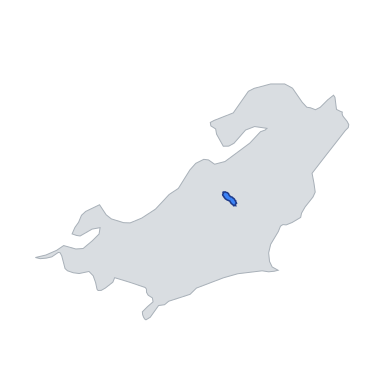 location of Grecia, Alajuela, Costa Rica, rotated 108°
{"feature_id": "36466004B60213245209904", "entity_name": "Grecia", "entity_type": "district", "adm_level": 2, "iso_a3": "CRI", "parent_name": "Costa Rica", "parent_adm1": "Alajuela", "projection": "albers", "projection_center": [-84.294, 10.09], "detail": "fine", "context": "in_parent", "style": "filled", "palette": "blue", "viewbox_px": 384, "rotation_deg": 108, "n_neighbors": 0, "source": "geoboundaries", "source_scale": "gbopen_adm2", "svg_char_len": 4101}
<svg xmlns="http://www.w3.org/2000/svg" viewBox="0 0 384 384"><g transform="rotate(108 192 192)"><path d="M327.8,196.3L327.4,197.8L326.0,199.4L324.0,201.0L321.3,202.2L314.8,198.9L308.5,195.1L305.0,196.9L303.7,201.8L301.4,204.3L298.5,205.3L297.3,206.9L297.1,223.5L297.4,239.1L302.2,239.4L310.2,244.8L313.6,247.9L314.7,250.9L313.8,252.3L307.9,255.7L302.2,260.1L299.4,265.4L304.4,274.1L305.5,280.0L305.4,286.1L304.0,289.1L292.9,296.2L290.5,298.7L290.8,300.5L297.0,305.3L299.9,310.1L302.3,315.7L302.7,320.7L297.1,311.5L289.4,302.8L282.6,297.5L282.1,284.9L279.4,278.1L269.3,271.8L260.7,267.4L254.3,268.4L258.2,275.6L268.4,284.8L269.0,288.4L268.9,293.1L261.9,292.4L255.8,290.5L248.3,289.9L243.3,287.1L232.7,276.0L240.2,266.6L242.5,260.4L242.3,247.5L240.5,241.3L232.4,231.8L219.5,221.4L201.3,212.9L192.8,206.1L171.6,200.8L163.6,197.3L157.3,190.9L156.4,186.2L158.6,179.1L152.8,170.0L127.6,152.1L113.5,145.5L110.5,141.6L108.3,140.4L110.4,152.7L116.5,160.2L132.6,167.1L137.0,171.2L138.8,176.4L129.4,186.5L124.7,189.0L123.3,194.5L120.2,196.1L117.0,193.0L104.0,177.2L78.8,169.5L74.2,164.9L64.9,150.5L60.6,137.3L62.2,128.5L72.6,114.9L75.9,109.0L75.3,105.4L75.6,100.0L71.8,96.2L62.2,91.3L56.2,87.3L57.8,85.3L68.8,80.1L69.5,75.4L69.5,73.8L71.3,73.4L72.9,72.2L73.9,70.9L76.9,66.3L79.5,63.7L82.5,63.3L86.2,65.2L100.0,70.2L115.3,75.8L137.1,83.6L146.2,78.6L154.0,74.8L159.4,75.4L171.2,79.8L178.3,81.3L182.6,80.8L190.1,87.4L194.2,92.3L194.9,95.5L197.2,97.3L203.0,97.7L217.4,101.0L226.2,100.3L234.1,96.8L238.5,92.6L239.8,85.9L241.9,89.2L244.2,94.4L245.3,101.0L255.6,123.2L263.9,135.6L282.0,158.1L289.9,162.2L303.1,180.4L307.7,183.3L310.3,188.7L324.0,193.0L327.8,196.3Z" fill="#d9dde1" stroke="#a8b0b8" stroke-width="1"/><path d="M186.6,160.5L186.5,160.4L186.7,160.2L186.8,160.0L186.8,159.9L186.9,159.7L187.0,159.7L187.3,159.5L187.4,159.4L187.5,159.2L187.7,158.9L187.8,158.5L188.0,158.5L188.1,158.4L188.1,158.2L188.3,157.9L188.3,157.6L188.3,157.4L188.4,157.2L188.5,157.0L188.5,156.8L188.5,156.7L188.7,156.4L188.7,156.2L188.8,155.6L188.7,155.4L188.7,155.0L188.7,154.9L188.8,154.6L188.9,154.4L188.9,154.2L188.9,153.9L188.8,153.4L188.9,153.2L189.0,153.1L189.1,152.9L189.3,152.8L189.4,152.7L189.5,152.7L189.7,152.4L189.8,152.3L190.1,152.1L190.2,151.9L190.3,151.8L190.3,151.7L190.5,151.6L190.6,151.4L190.6,151.1L190.8,150.9L190.9,150.7L191.0,150.7L191.1,150.4L191.1,150.2L191.2,149.8L191.4,149.3L191.4,149.2L191.5,148.9L191.7,148.6L191.9,148.4L192.1,148.4L192.2,148.2L192.2,147.9L192.0,147.7L191.9,147.6L191.7,147.5L191.7,147.4L191.6,147.2L191.6,146.9L191.6,146.7L191.5,146.3L191.3,146.5L191.2,146.5L191.2,146.8L190.9,147.0L190.6,147.0L190.6,146.9L190.0,146.8L189.9,146.7L189.5,146.7L189.4,146.7L189.0,146.3L188.9,146.2L188.8,146.3L188.7,146.4L188.6,146.5L188.4,146.6L188.3,146.8L188.2,147.0L187.9,147.2L187.9,147.3L187.7,147.4L187.5,147.5L187.4,147.6L187.2,147.6L187.0,147.8L186.9,147.8L186.9,148.0L187.0,148.1L186.9,148.2L186.7,148.3L186.7,148.5L186.4,148.8L185.8,149.3L185.7,149.4L185.7,149.5L185.5,149.8L185.4,149.9L185.4,150.0L185.3,150.3L185.2,150.4L185.2,150.5L185.2,150.8L185.2,151.0L184.9,151.3L184.8,151.5L184.7,151.6L184.6,151.8L184.5,152.0L184.5,152.3L184.5,152.9L184.5,153.1L184.6,153.3L184.6,153.6L184.5,153.8L184.4,153.9L184.4,154.0L184.3,154.3L184.2,154.5L184.0,154.8L184.0,155.0L183.9,155.1L183.8,155.3L183.7,155.4L183.6,155.5L183.4,155.8L183.3,156.0L183.1,156.2L183.0,156.3L182.9,156.4L182.7,156.4L182.6,156.5L182.4,156.6L182.3,156.8L182.2,156.9L182.2,157.0L182.1,157.3L182.0,157.5L181.9,157.6L181.9,157.8L181.8,158.0L181.7,158.2L181.7,158.3L181.7,158.5L181.8,158.7L181.8,159.1L181.8,159.3L181.8,159.5L181.7,159.9L181.6,160.3L181.8,160.7L181.9,161.0L182.0,161.3L182.1,161.6L182.2,161.8L182.3,161.9L182.3,162.0L182.7,162.1L182.8,162.0L183.0,162.1L183.0,162.3L183.2,162.2L183.3,162.1L183.4,161.9L183.4,161.7L183.5,161.7L183.8,161.7L183.9,161.8L184.0,161.9L184.2,162.0L184.4,162.0L184.5,162.0L184.8,162.1L185.0,162.0L185.3,161.9L185.5,161.8L185.5,161.7L185.7,161.4L185.8,161.4L186.0,161.1L186.2,160.9L186.3,160.8L186.4,160.7L186.5,160.6L186.6,160.5Z" fill="#3b82f6" stroke="#1e3a8a" stroke-width="1.5"/></g></svg>